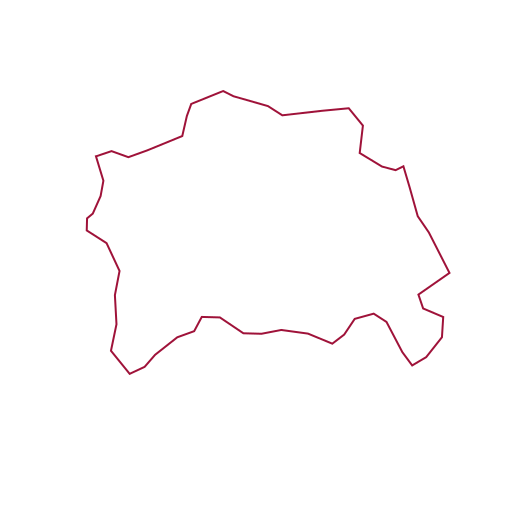 Norberg, Västmanland, Sweden, rotated 335°
{"feature_id": "70781695B94571539406434", "entity_name": "Norberg", "entity_type": "district", "adm_level": 2, "iso_a3": "SWE", "parent_name": "Sweden", "parent_adm1": "Västmanland", "projection": "mercator", "projection_center": [15.975, 60.085], "detail": "fine", "context": "isolated", "style": "outline", "palette": "rose", "viewbox_px": 512, "rotation_deg": 335, "n_neighbors": 0, "source": "geoboundaries", "source_scale": "gbopen_adm2", "svg_char_len": 864}
<svg xmlns="http://www.w3.org/2000/svg" viewBox="0 0 512 512"><g transform="rotate(335 256 256)"><path d="M91.7,309.4L108.2,309.4L122.8,302.9L150.3,296.4L168.2,298.0L181.1,288.3L197.3,296.4L211.9,320.7L228.1,328.8L247.6,333.7L270.3,348.3L288.1,367.7L302.7,364.5L318.9,354.7L338.3,358.0L346.4,370.9L348.0,405.0L351.3,421.2L359.1,420.4L367.5,419.6L390.2,408.2L399.9,390.4L385.3,374.2L386.9,359.6L424.2,353.1L422.6,307.7L419.4,288.3L424.2,259.1L427.5,237.0L418.8,237.2L408.0,228.2L393.5,206.5L408.0,183.0L402.5,161.3L377.2,152.3L339.3,139.6L330.2,125.2L303.1,101.7L298.0,95.2L295.9,92.6L261.6,90.8L252.5,99.9L239.9,116.1L201.9,114.3L182.1,112.5L169.4,99.9L153.5,98.1L153.1,98.0L149.5,123.3L140.5,136.0L126.0,148.6L118.8,150.5L113.4,161.3L126.0,181.2L126.0,211.9L111.6,231.8L100.7,258.9L84.5,280.6L91.7,309.4Z" fill="none" stroke="#9f1239" stroke-width="2"/></g></svg>